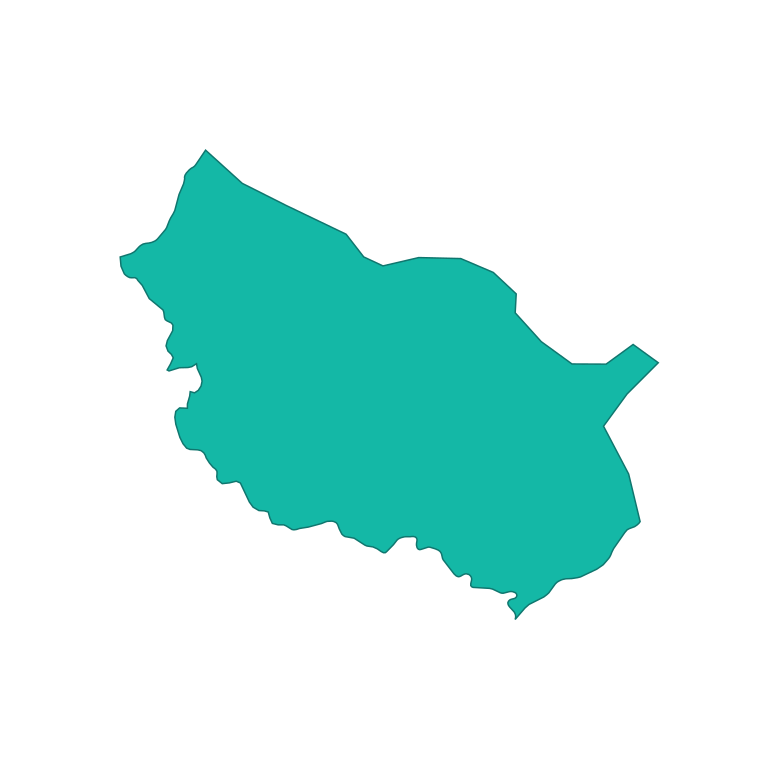 Vakinankaratra, Robinson projection, rotated 36°
{"feature_id": "MDG-5881", "entity_name": "Vakinankaratra", "entity_type": "Autonomous Province", "adm_level": 1, "iso_a3": "MDG", "parent_name": "Madagascar", "parent_adm1": "", "projection": "robinson", "projection_center": [46.868, -19.718], "detail": "fine", "context": "isolated", "style": "filled", "palette": "teal", "viewbox_px": 768, "rotation_deg": 36, "n_neighbors": 0, "source": "natural_earth", "source_scale": "10m", "svg_char_len": 3228}
<svg xmlns="http://www.w3.org/2000/svg" viewBox="0 0 768 768"><g transform="rotate(36 384 384)"><path d="M95.9,436.3L102.6,427.4L104.0,424.5L104.5,422.8L105.2,417.0L105.6,415.2L106.8,412.4L108.7,410.2L110.9,408.2L112.9,405.9L114.5,403.2L115.1,401.7L115.5,399.9L116.4,387.6L116.2,385.2L114.4,378.3L113.8,375.1L113.4,370.3L112.8,366.7L106.8,351.2L104.2,339.9L103.0,337.0L102.0,335.0L101.0,333.9L100.3,332.0L100.1,329.4L100.6,325.1L101.3,322.6L102.2,320.8L102.7,319.1L102.8,317.1L102.2,299.7L151.4,305.0L199.7,297.1L265.3,285.1L292.9,293.1L313.7,289.1L337.8,261.3L372.4,237.4L406.9,229.5L438.0,233.4L448.3,249.3L486.3,257.3L524.3,257.3L552.0,237.4L562.3,205.6L593.4,205.6L586.5,249.3L586.4,289.1L634.8,313.0L672.1,344.8L672.1,346.9L671.6,349.3L670.6,352.1L667.4,356.9L666.4,359.0L666.1,362.7L666.5,382.1L667.1,385.8L667.9,388.9L668.3,391.4L668.3,393.3L667.6,401.3L665.0,408.7L656.4,424.5L654.5,426.8L650.3,431.0L645.6,434.7L643.6,436.9L642.7,438.1L641.2,440.9L640.5,442.7L640.1,445.1L640.1,456.1L639.5,458.9L638.5,462.3L630.9,477.1L629.7,482.5L628.5,497.4L627.7,495.5L627.0,494.5L626.0,493.4L624.7,492.6L623.3,491.9L616.9,490.6L615.0,490.0L613.6,489.1L612.7,488.0L612.4,486.5L612.6,485.0L613.3,483.6L615.2,481.3L616.0,480.1L616.3,478.6L615.9,477.1L614.8,476.1L613.2,475.6L610.4,476.3L608.7,477.2L607.4,478.4L603.6,483.0L602.4,483.9L600.9,484.5L592.4,486.1L589.5,487.3L575.6,496.2L574.1,496.5L572.7,496.1L571.5,494.4L570.1,491.1L569.2,489.8L568.0,488.9L566.4,488.3L564.6,488.2L561.9,489.3L560.7,490.7L559.8,492.4L559.2,493.9L558.4,495.3L557.3,496.3L555.3,496.8L552.4,496.5L535.4,491.5L534.0,490.8L530.7,487.9L529.4,487.1L527.7,486.5L525.5,486.5L522.4,487.2L517.2,489.0L516.1,489.6L515.4,490.3L511.3,495.9L510.3,497.0L508.9,497.5L507.0,497.0L504.9,495.2L503.8,493.5L503.0,491.8L502.2,490.5L501.0,489.6L499.4,489.3L497.4,490.1L496.1,491.1L494.9,492.2L491.3,494.8L490.2,495.8L488.3,498.1L487.4,499.5L486.7,500.9L486.3,502.6L486.1,508.4L484.7,517.9L484.3,519.6L482.8,520.8L480.3,521.2L475.5,521.3L470.8,522.3L465.4,525.1L463.2,525.6L450.5,526.3L442.2,530.3L440.3,530.5L438.1,530.2L432.9,527.5L429.8,525.4L428.5,524.7L426.7,524.3L424.1,524.8L422.4,525.6L418.8,528.5L417.9,529.7L415.4,533.7L406.9,544.2L400.6,550.5L398.8,553.0L397.8,554.0L396.7,555.0L395.1,555.8L388.2,556.3L385.6,556.9L381.1,560.2L375.6,562.4L370.3,559.4L365.6,555.6L361.7,557.0L357.2,559.9L350.5,560.6L344.4,558.6L326.0,548.5L321.6,549.5L317.0,554.9L311.7,559.7L305.4,559.4L303.2,557.3L301.7,554.8L300.2,552.8L297.8,551.9L294.4,551.8L289.2,550.5L283.6,548.3L281.3,546.7L278.7,545.6L275.3,545.4L272.1,546.7L265.5,551.0L262.0,551.9L256.6,550.5L250.3,547.2L239.2,538.9L234.3,533.8L231.6,528.5L232.7,523.5L239.2,519.2L236.7,515.7L233.9,508.0L231.7,504.1L235.9,502.5L237.5,498.3L237.2,493.2L235.2,488.7L232.2,485.9L223.9,481.2L220.4,477.8L218.3,483.0L215.7,485.9L208.9,491.1L202.4,499.8L200.3,500.1L199.5,493.2L198.1,486.7L194.6,485.0L190.0,484.4L185.3,481.3L183.2,476.2L181.7,465.1L178.7,460.5L176.2,459.6L171.2,460.5L169.2,460.5L167.2,459.1L163.6,455.3L161.7,454.0L143.9,452.9L130.4,446.3L124.1,444.9L122.1,444.1L120.1,444.3L117.4,446.4L115.7,447.4L113.4,447.8L111.0,447.8L109.1,447.5L102.0,443.3L95.9,436.3Z" fill="#14b8a6" stroke="#0f766e" stroke-width="1.5"/></g></svg>